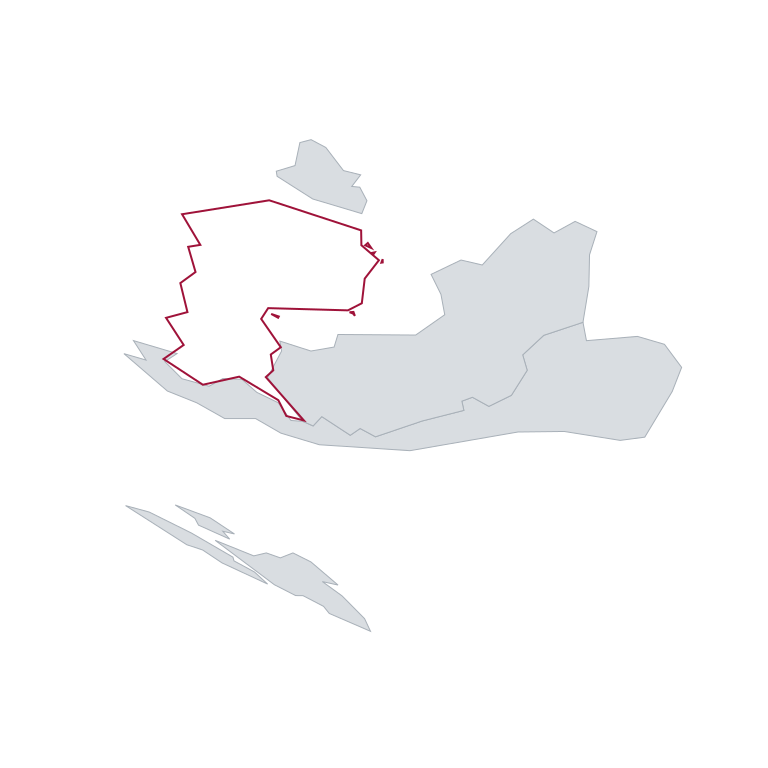 Finland and the surrounding countries, rotated 208°
{"feature_id": "FIN", "entity_name": "Finland", "entity_type": "country or territory", "adm_level": 0, "iso_a3": "FIN", "parent_name": "Europe", "parent_adm1": "", "projection": "equal_earth", "projection_center": [24.864, 64.94], "detail": "coarse", "context": "with_neighbors", "style": "outline", "palette": "rose", "viewbox_px": 768, "rotation_deg": 208, "n_neighbors": 3, "source": "natural_earth", "source_scale": "50m", "svg_char_len": 2520}
<svg xmlns="http://www.w3.org/2000/svg" viewBox="0 0 768 768"><g transform="rotate(208 384 384)"><path d="M356.1,159.1L362.7,155.7L386.5,155.3L459.7,166.7L418.3,171.1L408.6,179.6L393.9,181.8L385.1,192.1L365.0,192.6L330.2,184.9L345.7,180.6L321.5,177.2L291.0,167.7L279.8,159.3L324.6,155.7L333.0,159.3L356.1,159.1ZM625.6,304.7L581.0,313.7L588.1,300.9L564.9,293.8L537.4,299.9L528.8,313.2L511.6,321.4L492.3,316.9L468.7,317.8L449.1,308.1L438.1,312.9L426.9,313.7L423.6,326.0L389.7,322.9L384.2,333.5L366.7,333.4L333.0,369.2L301.1,398.2L307.2,405.4L299.7,413.8L280.9,413.5L266.2,433.8L264.0,463.3L275.2,474.8L265.8,502.0L237.3,531.9L225.6,517.3L182.6,545.0L155.0,550.7L129.0,538.4L126.0,512.7L128.8,459.5L149.0,445.1L202.6,426.7L243.2,404.5L329.8,337.3L412.6,300.0L452.0,292.2L481.2,293.2L508.4,278.7L540.5,279.5L572.0,276.1L627.9,288.7L605.3,293.4L625.6,304.7ZM555.1,155.3L531.2,160.7L484.0,162.0L436.1,160.2L433.4,157.4L410.1,157.2L392.8,152.7L442.9,150.0L466.2,152.3L482.6,149.5L555.1,155.3ZM511.6,179.2L474.7,184.2L445.6,181.4L457.2,178.3L447.4,174.6L481.5,172.3L487.9,176.6L511.6,179.2Z" fill="#d9dde1" stroke="#a8b0b8" stroke-width="1"/><path d="M237.3,531.9L265.8,502.0L275.2,474.8L264.0,463.3L266.2,433.8L280.9,413.5L299.7,413.8L307.2,405.4L301.1,398.2L333.0,369.2L366.7,333.4L384.2,333.5L389.7,322.9L423.6,326.0L426.9,313.7L438.1,312.9L489.8,334.9L489.9,365.1L496.1,373.0L464.0,378.8L445.4,393.2L447.9,406.1L379.0,442.1L362.9,473.7L375.8,489.9L393.9,502.9L374.2,529.6L353.1,535.2L342.7,576.2L329.5,599.7L304.8,597.2L291.6,617.3L267.5,618.5L263.2,594.6L248.9,566.3L237.3,531.9Z" fill="#d9dde1" stroke="#a8b0b8" stroke-width="1"/><path d="M575.9,517.2L579.0,521.3L565.1,535.1L571.6,557.7L563.1,565.5L546.4,565.5L520.0,553.4L502.8,557.7L505.2,543.3L497.8,546.4L485.1,537.8L483.6,524.0L533.8,513.9L575.9,517.2Z" fill="#d9dde1" stroke="#a8b0b8" stroke-width="1"/><path d="M523.0,383.8L492.4,368.0L497.8,356.9L488.2,344.1L491.6,334.6L437.6,314.2L455.2,309.9L469.7,320.1L515.3,322.5L543.6,298.3L590.4,302.6L579.2,324.4L607.5,340.1L591.3,355.2L611.2,377.5L603.0,394.4L621.3,413.2L611.5,420.6L642.0,439.1L571.6,492.3L476.3,508.9L469.1,495.9L446.6,490.9L450.5,468.0L441.5,444.9L450.4,432.1L521.9,396.6L523.0,383.8ZM459.0,498.1L465.7,497.7L464.5,500.9L459.0,498.1ZM516.5,392.9L508.6,394.2L508.6,392.8L516.5,392.9ZM441.7,430.5L444.4,431.7L448.1,431.2L444.8,433.3L441.7,430.5ZM443.3,489.9L443.8,493.6L442.2,490.7L443.3,489.9ZM455.7,494.5L454.0,495.9L454.2,493.8L455.7,494.5Z" fill="none" stroke="#9f1239" stroke-width="2"/></g></svg>